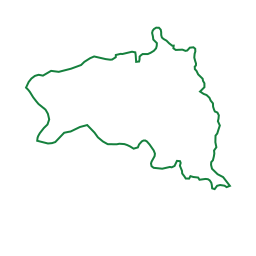 the district of General Câmara, Rio Grande do Sul, Brazil, rotated 162°
{"feature_id": "56859067B97267452374652", "entity_name": "General Câmara", "entity_type": "district", "adm_level": 2, "iso_a3": "BRA", "parent_name": "Brazil", "parent_adm1": "Rio Grande do Sul", "projection": "natural_earth1", "projection_center": [-51.935, -29.838], "detail": "fine", "context": "isolated", "style": "outline", "palette": "green", "viewbox_px": 256, "rotation_deg": 162, "n_neighbors": 0, "source": "geoboundaries", "source_scale": "gbopen_adm2", "svg_char_len": 2203}
<svg xmlns="http://www.w3.org/2000/svg" viewBox="0 0 256 256"><g transform="rotate(162 128 128)"><path d="M183.5,206.1L192.7,204.1L196.5,206.2L198.9,206.3L200.5,206.3L204.6,204.9L206.2,203.8L208.2,202.5L212.5,197.9L211.2,195.4L210.2,192.7L208.7,186.5L207.1,182.0L205.7,178.5L200.8,171.0L200.2,168.3L199.8,166.2L200.3,160.5L203.5,156.2L208.0,154.0L213.5,150.3L215.8,148.2L217.0,146.7L218.3,143.9L208.9,138.0L205.0,137.1L201.5,137.1L190.2,143.2L185.6,142.7L183.7,142.4L173.4,143.8L165.9,143.4L161.3,134.0L159.5,128.4L156.0,122.9L152.3,118.9L143.8,116.0L141.1,115.7L139.6,115.1L136.4,113.8L134.0,112.0L131.7,109.8L129.0,106.6L124.6,106.5L122.6,108.9L119.0,111.0L117.1,111.3L115.5,110.8L114.2,109.4L112.6,105.7L110.5,98.7L110.3,95.3L111.4,93.0L116.0,88.7L117.1,87.1L117.4,84.4L115.9,82.2L110.7,79.9L108.0,78.7L100.2,78.0L98.6,77.1L95.5,77.5L91.6,81.6L88.8,80.4L88.7,78.5L90.3,76.1L89.9,70.5L90.5,68.0L89.3,64.5L88.7,62.1L85.5,61.0L83.5,62.9L81.0,61.2L76.6,59.2L76.0,56.7L70.0,55.6L67.8,54.6L66.5,53.0L65.7,50.2L65.9,48.0L66.6,44.6L64.5,43.1L61.1,45.5L58.0,45.3L54.0,43.3L52.5,41.3L49.0,41.5L52.7,51.9L57.1,56.4L60.7,63.3L60.4,67.3L59.4,69.8L57.2,71.1L55.2,74.3L53.8,77.0L53.1,80.0L49.9,82.4L49.3,87.5L47.1,93.7L44.8,95.2L42.9,97.9L39.9,102.0L40.4,106.7L39.1,108.8L37.7,112.0L38.2,115.1L40.3,116.9L40.5,119.0L40.5,121.9L39.6,125.2L40.9,128.5L41.2,131.6L43.1,135.1L45.5,137.0L48.2,140.4L42.7,143.2L41.5,146.9L42.1,149.7L41.8,151.8L44.7,157.3L45.2,161.1L46.2,163.3L45.6,165.7L44.1,166.5L43.4,168.3L43.4,171.0L43.2,174.5L41.7,178.0L40.3,180.0L39.6,182.6L40.8,184.5L44.4,185.3L47.7,183.4L49.5,183.6L52.0,185.7L58.5,187.5L60.2,189.8L59.1,192.2L60.5,192.6L62.7,195.8L64.4,199.2L66.7,201.7L67.8,203.6L67.7,206.1L66.8,209.0L66.5,211.4L67.6,213.8L70.2,214.7L72.7,214.1L74.4,213.0L75.7,211.0L76.0,207.5L76.6,204.3L74.3,199.8L75.3,197.2L76.7,195.1L79.6,193.4L83.4,192.5L86.4,192.2L89.1,193.1L91.3,193.8L93.4,193.1L94.9,192.3L95.9,189.5L96.9,187.8L99.8,188.4L98.1,195.2L97.7,197.7L100.6,199.3L110.5,200.1L112.1,200.8L117.0,201.2L117.8,199.1L122.0,198.0L123.9,198.5L127.9,200.4L138.1,206.5L142.4,206.1L149.1,204.4L153.1,202.4L163.8,202.0L176.5,202.8L183.5,206.1Z" fill="none" stroke="#15803d" stroke-width="2"/></g></svg>